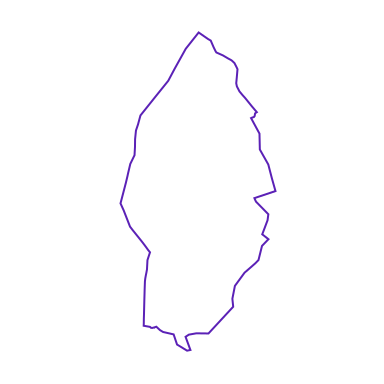 Sabon Birni, Sokoto, Nigeria, rotated 253°
{"feature_id": "59680162B48318677941344", "entity_name": "Sabon Birni", "entity_type": "district", "adm_level": 2, "iso_a3": "NGA", "parent_name": "Nigeria", "parent_adm1": "Sokoto", "projection": "albers", "projection_center": [6.24, 13.502], "detail": "fine", "context": "isolated", "style": "outline", "palette": "violet", "viewbox_px": 384, "rotation_deg": 253, "n_neighbors": 0, "source": "geoboundaries", "source_scale": "gbopen_adm2", "svg_char_len": 1482}
<svg xmlns="http://www.w3.org/2000/svg" viewBox="0 0 384 384"><g transform="rotate(253 192 192)"><path d="M107.5,235.7L120.0,243.2L124.5,251.3L131.0,246.8L136.4,251.0L142.9,256.0L148.4,258.5L164.0,250.4L166.6,250.0L167.9,249.9L168.5,272.1L181.9,272.4L196.0,273.0L212.8,269.3L228.1,273.6L245.4,270.1L245.6,271.3L245.6,273.1L246.3,274.1L248.7,275.3L249.2,276.5L249.4,277.3L256.9,274.1L266.6,270.2L269.8,268.7L274.3,266.8L279.9,265.8L283.1,266.1L288.4,268.3L296.1,271.4L297.8,271.2L302.9,270.3L305.9,268.6L306.9,267.8L309.0,265.7L313.6,261.5L318.3,256.1L319.7,255.7L324.1,255.0L331.3,254.2L333.8,251.9L342.6,245.0L330.8,227.9L314.7,211.2L305.3,201.8L303.4,199.0L293.9,185.0L280.3,165.1L273.8,161.0L272.5,160.2L267.2,156.4L259.1,153.0L251.9,150.7L244.0,147.8L236.9,141.2L228.5,136.3L226.0,134.9L220.2,131.5L202.0,120.3L194.3,121.3L177.0,122.6L174.6,123.5L173.2,124.0L167.7,126.2L159.7,129.4L154.6,131.3L153.4,131.7L152.9,131.9L151.4,132.4L149.3,133.1L146.6,134.2L139.9,129.5L131.1,126.3L128.2,124.8L126.0,123.6L123.1,122.1L120.4,120.9L115.2,119.1L112.6,118.2L108.7,116.9L102.8,114.9L97.7,113.2L93.2,111.7L88.7,110.2L84.9,108.9L80.5,107.5L78.2,106.7L75.3,112.4L74.1,113.1L73.6,114.3L73.6,115.7L73.3,116.4L73.6,117.0L73.6,118.5L69.3,121.0L66.6,123.4L61.2,132.8L50.5,133.1L41.7,140.9L41.4,144.3L55.4,143.5L56.5,147.3L55.6,154.8L51.9,166.4L70.2,197.8L71.0,198.0L78.1,199.4L89.7,205.6L99.5,218.7L101.8,223.9L105.3,231.7L107.5,235.7Z" fill="none" stroke="#5b21b6" stroke-width="2"/></g></svg>